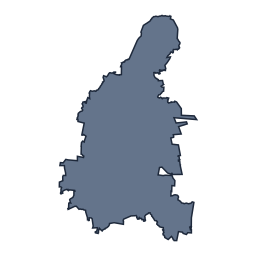 Salamanca, Guanajuato, Mexico
{"feature_id": "50627088B5946964256330", "entity_name": "Salamanca", "entity_type": "district", "adm_level": 2, "iso_a3": "MEX", "parent_name": "Mexico", "parent_adm1": "Guanajuato", "projection": "albers", "projection_center": [-101.157, 20.652], "detail": "fine", "context": "isolated", "style": "filled", "palette": "slate", "viewbox_px": 256, "rotation_deg": 0, "n_neighbors": 0, "source": "geoboundaries", "source_scale": "gbopen_adm2", "svg_char_len": 5803}
<svg xmlns="http://www.w3.org/2000/svg" viewBox="0 0 256 256"><path d="M59.3,186.9L60.7,186.8L61.6,187.5L61.0,189.1L61.0,191.6L60.5,193.1L60.6,193.6L61.0,193.9L62.8,193.1L62.4,192.0L62.9,191.1L64.4,190.2L66.5,189.4L67.3,189.9L67.6,189.5L67.9,189.4L68.4,190.6L69.5,189.9L74.7,190.4L74.9,191.2L73.9,191.4L73.9,195.2L72.9,197.4L70.2,199.0L69.7,199.6L70.2,202.0L70.7,203.0L69.4,202.8L68.8,203.1L68.6,206.5L68.8,207.7L68.6,207.7L68.1,208.5L68.7,208.6L68.6,209.1L68.0,208.9L68.1,209.4L74.8,206.3L76.4,206.3L79.0,209.3L80.0,209.0L81.7,209.4L83.1,209.3L83.5,209.8L85.6,210.3L85.7,211.9L87.4,217.5L87.5,219.8L88.6,219.6L88.6,220.5L89.2,220.4L89.2,217.8L91.1,217.9L92.1,218.7L93.2,226.1L92.6,228.0L97.2,227.7L97.4,229.6L97.1,229.7L96.7,231.1L95.2,232.0L95.4,232.8L98.0,233.4L98.0,233.0L98.5,232.8L98.5,231.4L99.3,228.2L101.7,230.7L102.3,230.9L102.5,230.2L104.7,228.9L105.0,229.0L105.2,228.4L106.7,227.8L108.5,226.3L109.4,224.7L109.5,223.5L114.1,222.7L123.4,224.3L123.5,221.3L123.3,221.2L123.2,220.3L123.7,219.1L131.1,215.9L135.8,215.7L136.1,215.5L136.8,216.4L136.7,217.5L137.2,218.0L137.3,218.7L137.8,219.2L138.4,219.1L139.2,217.7L139.8,218.8L140.9,218.2L141.7,218.9L141.9,219.7L143.2,219.5L143.6,219.7L143.7,220.0L143.5,220.6L143.6,221.1L144.7,221.1L145.2,220.8L145.5,220.2L145.0,218.7L145.1,217.9L144.7,216.6L144.8,216.2L146.0,214.7L148.2,213.6L148.5,212.9L150.1,212.8L150.2,213.8L151.7,215.1L151.7,216.1L152.6,217.0L152.9,217.7L153.5,218.3L154.7,220.5L155.3,220.7L156.5,220.7L156.9,221.5L157.3,221.6L157.5,222.2L157.1,222.6L156.8,223.8L156.9,224.3L157.4,224.5L157.8,225.2L158.9,225.8L159.4,226.7L161.3,227.3L163.3,227.6L163.3,229.1L162.6,229.8L162.9,230.3L163.7,230.3L163.4,231.4L163.9,232.4L163.6,232.9L163.3,233.0L163.0,233.5L163.1,234.8L164.1,235.3L164.3,236.0L164.7,236.3L164.8,237.5L168.2,239.5L171.5,236.4L172.9,238.5L173.2,239.6L174.1,240.3L174.2,240.6L176.7,240.6L178.5,231.6L182.5,232.2L183.1,233.4L186.4,234.5L187.7,232.7L191.4,232.9L191.4,229.8L190.4,229.8L190.3,228.7L191.1,228.5L191.3,227.2L189.9,227.7L189.7,227.1L191.3,226.0L191.4,217.8L193.9,202.4L192.4,201.9L191.9,202.1L190.8,203.4L189.8,203.4L188.8,203.8L186.3,203.1L184.1,203.7L183.5,203.3L181.5,202.9L180.4,201.2L179.8,201.1L178.7,200.1L178.1,200.0L177.9,198.8L178.5,197.2L178.3,196.2L177.3,195.2L175.5,194.8L174.1,194.9L172.6,195.7L170.9,195.9L171.0,191.2L171.7,191.5L171.9,185.6L174.6,185.9L174.9,180.7L172.9,177.9L172.0,175.5L165.3,175.2L163.2,175.6L158.1,174.9L159.5,167.5L161.9,167.1L167.4,172.8L168.0,173.2L171.0,174.0L171.9,173.3L172.2,173.7L172.0,174.5L182.1,174.4L180.2,165.4L180.4,165.0L180.1,164.8L179.7,161.1L178.5,161.1L178.4,160.1L179.4,159.9L179.8,159.6L179.4,159.1L179.0,156.2L178.1,156.1L178.2,155.8L180.4,155.5L178.4,144.9L172.1,144.2L170.8,138.0L173.6,137.3L173.7,136.5L173.3,134.7L181.2,134.0L178.6,126.6L187.2,123.9L186.5,121.9L176.1,123.0L174.0,117.7L196.7,119.6L194.2,115.9L181.4,115.3L181.3,108.6L176.6,102.0L174.8,101.2L174.4,102.1L173.8,102.0L172.2,102.2L171.8,102.0L171.6,102.3L171.1,102.0L170.9,102.4L168.7,103.0L168.5,102.6L167.8,102.4L167.6,101.1L167.9,100.9L167.9,100.3L168.1,99.9L167.8,99.4L168.4,99.0L168.7,98.1L166.8,97.6L166.3,98.1L162.9,98.0L162.5,98.7L161.9,98.5L161.6,97.9L160.7,97.2L159.6,98.0L157.9,97.4L157.7,96.7L158.8,94.8L160.2,94.6L160.8,93.5L161.3,93.3L162.6,91.5L163.6,91.2L163.9,87.2L162.1,87.2L161.1,86.2L163.7,84.5L163.3,84.1L162.5,80.5L158.3,80.7L158.3,79.7L157.8,79.5L157.7,79.2L156.8,78.9L156.6,78.4L156.1,78.4L155.0,77.5L153.9,75.3L154.0,73.3L153.8,72.6L154.1,72.4L154.7,72.8L155.3,72.6L155.8,73.2L157.4,72.7L158.6,73.6L158.8,74.0L159.1,74.0L159.8,73.8L160.1,73.4L159.3,72.4L160.0,71.7L159.4,70.7L159.6,69.9L161.4,70.3L161.3,71.1L162.7,70.8L163.0,70.1L163.7,70.2L164.2,69.8L164.9,70.5L165.4,70.5L165.4,69.5L165.8,68.8L164.9,65.3L167.0,62.8L169.8,58.6L170.4,56.9L166.9,57.5L167.8,55.8L169.7,54.1L170.3,53.2L170.5,52.5L171.1,51.9L172.8,52.9L173.3,52.3L173.4,51.7L173.0,50.9L173.4,49.5L175.1,49.6L176.2,49.2L177.3,49.9L177.7,49.4L178.5,49.1L178.4,48.6L179.1,48.4L179.6,47.8L179.3,46.9L179.0,46.8L178.8,45.5L179.9,43.7L179.9,42.4L178.8,41.2L177.7,39.1L177.2,38.7L177.8,29.5L177.5,27.8L173.3,20.0L170.4,18.9L170.9,16.4L170.1,16.2L169.9,15.9L169.6,16.3L168.7,16.4L166.3,16.1L165.2,15.7L164.2,16.0L162.3,15.8L162.0,15.4L160.2,16.2L159.3,16.1L158.7,16.5L157.5,16.6L155.9,16.2L154.7,16.6L153.7,16.6L151.7,18.4L151.6,19.0L150.9,19.5L150.5,20.4L149.7,21.3L143.4,25.4L140.9,32.2L141.4,32.9L141.2,35.9L138.7,38.3L137.2,40.6L129.1,59.1L128.2,59.1L127.8,59.8L127.2,59.7L125.8,60.1L124.9,60.8L124.8,61.7L124.3,62.1L123.7,62.2L123.7,61.9L121.6,62.9L121.9,63.1L121.9,63.5L121.2,65.4L120.7,66.1L120.6,66.7L121.5,66.6L121.4,74.6L119.4,74.7L119.4,75.1L116.1,74.6L113.7,73.5L113.5,72.9L115.5,72.4L115.5,72.1L113.8,72.1L112.4,73.1L111.1,73.0L110.1,72.7L109.6,72.8L108.8,73.6L107.6,75.7L106.5,76.8L103.6,75.7L103.1,77.4L104.0,80.1L104.0,81.1L102.6,82.1L102.9,82.6L101.8,83.9L101.8,84.4L100.2,86.5L99.8,87.6L98.6,88.7L98.5,89.4L97.8,89.9L96.4,90.3L96.1,91.1L95.4,91.3L94.8,90.9L94.0,90.9L92.2,91.3L90.5,90.7L89.7,91.8L89.2,93.0L89.6,93.1L89.4,96.5L89.7,98.6L87.8,97.6L86.8,100.3L86.3,103.2L86.1,103.3L85.1,102.7L85.5,101.5L82.9,102.1L82.6,103.3L82.1,103.9L82.4,104.2L83.0,105.8L83.0,106.7L82.8,107.2L82.0,107.5L81.6,108.3L82.7,109.9L82.6,110.4L82.0,111.1L80.4,111.5L78.3,113.3L78.0,114.6L78.3,115.1L77.9,116.0L78.0,116.7L77.3,117.5L77.6,118.5L76.9,119.0L76.9,119.5L78.0,119.8L78.0,121.5L84.2,123.1L81.8,135.0L83.0,135.2L83.6,134.5L86.0,136.2L84.5,140.5L84.2,142.0L82.7,141.1L81.5,142.5L81.1,146.5L81.3,146.6L81.1,154.1L81.7,154.2L82.5,154.9L82.6,155.4L83.8,156.1L83.5,157.5L77.4,156.3L77.4,160.7L68.2,159.9L65.8,159.4L63.2,162.8L60.4,162.6L59.9,165.6L64.4,165.6L64.5,168.0L65.6,173.0L65.7,175.5L63.3,175.4L62.7,176.8L62.8,180.7L59.4,182.1L59.3,186.9Z" fill="#64748b" stroke="#1e293b" stroke-width="1.5"/></svg>